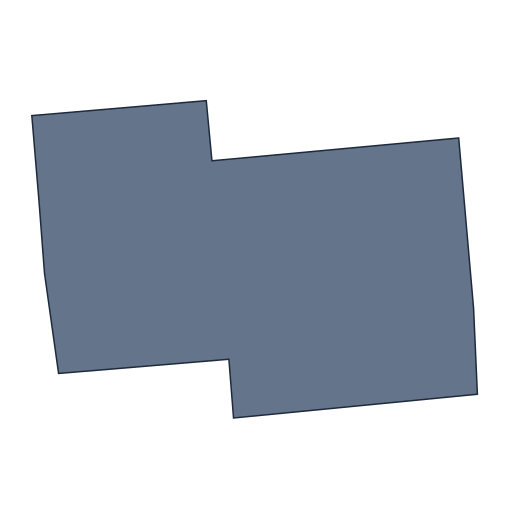 outline of Kanabec, Minnesota, United States of America, rotated 265°
{"feature_id": "52423323B26487213878868", "entity_name": "Kanabec", "entity_type": "district", "adm_level": 2, "iso_a3": "USA", "parent_name": "United States of America", "parent_adm1": "Minnesota", "projection": "orthographic", "projection_center": [-93.298, 45.945], "detail": "fine", "context": "isolated", "style": "filled", "palette": "slate", "viewbox_px": 512, "rotation_deg": 265, "n_neighbors": 0, "source": "geoboundaries", "source_scale": "gbopen_adm2", "svg_char_len": 308}
<svg xmlns="http://www.w3.org/2000/svg" viewBox="0 0 512 512"><g transform="rotate(265 256 256)"><path d="M156.2,49.1L155.5,220.0L96.6,219.5L99.0,464.5L185.1,468.2L355.9,468.2L354.7,220.4L415.1,220.0L415.4,44.9L329.6,44.6L257.3,43.8L156.2,49.1Z" fill="#64748b" stroke="#1e293b" stroke-width="1.5"/></g></svg>